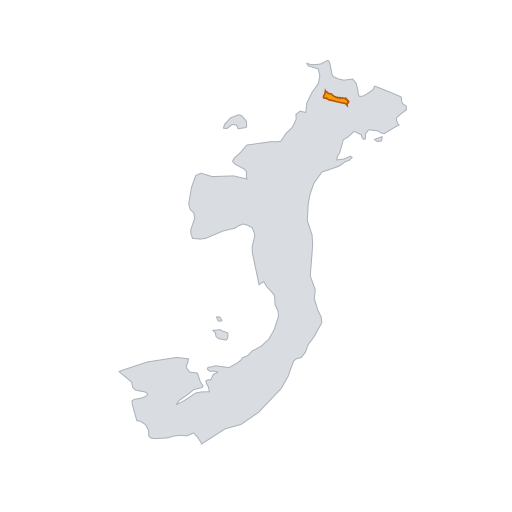 Boquerón, Chiriquí, Panama shown in context, rotated 112°
{"feature_id": "35544464B36404447942008", "entity_name": "Boquerón", "entity_type": "district", "adm_level": 2, "iso_a3": "PAN", "parent_name": "Panama", "parent_adm1": "Chiriquí", "projection": "albers", "projection_center": [-82.58, 8.629], "detail": "fine", "context": "in_parent", "style": "filled", "palette": "amber", "viewbox_px": 512, "rotation_deg": 112, "n_neighbors": 0, "source": "geoboundaries", "source_scale": "gbopen_adm2", "svg_char_len": 5652}
<svg xmlns="http://www.w3.org/2000/svg" viewBox="0 0 512 512"><g transform="rotate(112 256 256)"><path d="M450.8,236.1L449.5,237.1L445.6,242.8L443.5,247.7L448.7,252.7L450.3,258.2L453.3,264.1L457.8,269.9L463.0,280.9L464.2,285.3L462.8,288.2L458.1,290.1L453.7,295.3L452.5,301.6L453.4,304.7L440.2,315.0L436.7,316.7L434.4,315.1L431.5,310.1L428.0,306.1L426.2,304.7L425.1,304.6L424.1,305.6L423.6,307.8L425.5,317.3L424.1,321.1L419.5,324.1L414.5,339.6L412.4,337.6L395.0,317.1L379.8,291.6L376.6,280.0L380.5,279.3L384.2,279.5L386.2,277.7L388.5,274.3L386.5,266.5L393.6,260.4L396.3,256.4L398.3,256.8L403.1,263.6L410.0,267.4L418.5,273.0L423.8,274.3L417.1,268.4L405.6,260.6L402.4,255.5L399.3,248.3L394.8,251.5L392.8,254.2L390.5,255.7L388.5,253.9L388.1,251.6L381.4,251.2L379.7,249.1L377.9,248.0L378.7,252.4L380.1,255.2L379.4,258.5L377.2,258.8L375.3,255.4L372.9,252.3L369.6,239.2L361.9,233.1L358.4,231.1L355.5,230.4L351.2,226.2L345.6,224.0L337.9,217.6L328.5,213.0L317.1,211.5L303.2,212.6L298.6,215.2L295.4,218.5L294.0,220.1L285.8,223.9L282.7,229.4L280.8,234.0L276.8,239.2L281.5,242.4L254.8,260.3L249.5,262.9L237.5,264.8L234.7,266.7L231.1,270.2L230.6,275.5L231.2,280.1L234.7,283.6L237.8,285.7L245.4,296.2L258.7,309.5L261.3,314.3L263.4,321.5L259.4,324.9L256.3,326.3L243.7,327.0L239.3,329.9L237.6,334.3L232.9,337.9L216.6,341.5L203.8,342.0L199.8,337.9L198.8,326.4L190.1,306.7L188.0,293.1L185.9,294.8L181.3,296.4L179.8,299.8L178.7,309.8L177.0,313.2L173.5,312.9L166.2,309.3L156.6,306.1L144.3,284.8L142.9,280.8L140.5,276.1L131.1,274.1L123.0,270.5L114.2,270.0L109.7,272.0L105.1,269.4L104.3,263.6L95.1,266.2L83.2,265.3L72.6,262.8L65.3,264.2L59.3,268.3L60.1,278.9L58.3,281.0L58.0,276.6L55.9,271.7L53.4,267.5L48.1,263.2L47.8,261.7L49.9,259.5L59.6,253.3L60.8,250.8L61.0,245.4L60.0,240.2L55.7,232.7L58.2,228.0L63.2,224.2L68.3,221.3L69.2,220.0L68.2,217.4L65.2,214.6L58.2,209.9L54.0,209.6L53.9,196.0L54.1,181.5L55.2,180.1L57.7,179.2L59.8,177.1L60.9,172.8L64.0,171.3L69.5,174.6L75.1,177.5L77.5,176.5L79.2,175.1L80.5,173.7L80.9,172.4L85.4,176.2L94.6,183.0L95.1,186.4L94.3,189.6L96.8,198.9L101.6,200.2L106.4,198.4L107.6,200.1L106.7,201.8L104.2,203.7L103.6,211.7L111.5,215.4L115.5,218.6L128.6,217.1L133.4,217.9L136.7,217.0L133.0,210.6L128.1,205.9L128.5,203.8L132.2,205.3L135.1,208.5L141.5,212.5L153.4,226.3L167.0,229.6L177.8,229.1L187.8,227.2L203.8,221.8L215.3,212.0L224.5,207.6L254.3,198.2L264.9,188.5L269.3,187.2L273.6,186.0L282.9,178.6L287.9,172.9L293.2,170.0L309.0,171.9L319.3,174.5L326.3,174.1L333.2,176.0L336.2,180.1L339.3,181.8L356.0,181.2L369.7,183.1L399.8,195.0L417.9,206.9L427.6,219.7L450.8,236.1ZM149.6,334.1L145.7,334.5L137.6,331.4L131.8,325.4L131.3,323.5L131.4,321.5L134.6,315.4L138.9,313.3L140.6,313.3L144.7,320.3L141.9,323.1L143.0,327.4L148.8,330.7L149.6,334.1ZM342.4,265.0L341.1,268.1L337.6,261.3L338.2,259.5L337.9,253.4L341.0,251.8L343.4,251.6L345.3,252.4L346.6,259.7L345.6,262.9L342.4,265.0ZM104.4,186.5L103.6,189.8L98.1,183.8L101.3,182.8L102.5,182.9L104.4,186.5ZM330.5,266.6L327.3,269.8L326.1,266.8L328.3,263.6L329.1,263.6L330.5,266.6Z" fill="#d9dde1" stroke="#a8b0b8" stroke-width="1"/><path d="M82.9,253.2L84.0,252.6L84.0,252.4L83.8,252.4L83.8,252.2L83.7,252.0L83.8,251.8L83.9,251.7L83.9,251.4L84.0,251.3L83.9,250.9L83.8,250.7L83.7,250.5L83.6,250.4L83.5,250.2L83.4,250.0L83.2,250.0L83.2,249.9L83.3,249.8L83.4,249.7L83.2,249.5L83.1,249.4L83.3,249.1L83.6,249.1L83.6,248.8L83.7,248.7L83.6,248.4L83.6,248.2L83.7,247.9L83.7,247.7L83.7,247.4L83.8,247.2L83.7,247.2L83.7,246.9L83.7,246.7L83.7,246.4L83.8,246.4L83.7,246.2L83.7,245.9L83.7,245.7L83.6,245.4L83.6,245.2L83.5,244.9L83.6,244.7L83.4,244.6L83.5,244.5L83.5,244.4L83.4,244.4L83.3,244.2L83.3,243.9L83.4,243.6L83.3,243.4L83.3,243.2L83.2,243.2L83.1,242.9L83.1,242.7L83.0,242.4L82.9,242.2L83.0,242.0L83.0,241.9L82.9,241.8L82.9,241.7L82.9,241.4L82.9,241.2L83.0,241.1L82.9,241.0L82.9,240.9L82.8,240.7L82.8,240.4L82.9,240.2L81.9,234.0L81.2,230.5L81.4,229.8L82.4,227.7L80.6,228.6L80.4,228.6L80.2,228.6L79.9,228.6L79.7,228.6L79.4,228.5L79.4,228.4L79.5,228.3L79.5,228.2L79.4,228.0L79.3,227.8L79.3,227.7L79.2,227.7L78.9,227.7L78.8,227.8L78.7,227.8L78.4,227.8L78.1,228.0L77.9,228.1L77.7,228.2L77.7,228.3L77.5,228.5L77.7,228.8L77.7,229.0L77.6,229.4L77.5,229.5L77.4,229.6L77.5,229.6L77.4,229.7L77.4,229.8L77.4,230.0L77.1,230.2L77.1,230.3L76.9,230.4L76.8,230.5L76.7,230.7L76.7,230.9L76.7,231.0L76.8,231.2L76.7,231.3L76.8,231.3L76.9,231.5L76.8,231.8L76.8,232.0L76.7,232.1L76.8,232.1L76.8,232.3L76.8,232.5L76.7,232.6L76.7,232.8L76.7,233.0L76.7,233.3L76.7,233.5L76.8,233.8L76.8,234.0L76.9,234.3L76.9,234.5L77.0,234.5L77.1,234.8L77.1,235.0L77.2,235.3L77.3,235.4L77.3,235.5L77.4,235.8L77.4,236.0L77.5,236.2L77.5,236.3L77.6,236.5L77.8,236.6L77.9,236.8L77.8,237.0L77.7,237.1L77.8,237.2L77.8,237.3L77.9,237.6L77.9,237.8L78.0,237.8L77.9,237.9L77.9,238.0L77.9,238.3L78.0,238.4L78.1,238.5L78.2,238.8L78.3,238.9L78.3,239.0L78.4,239.3L78.5,239.5L78.4,239.7L78.4,239.8L78.5,239.8L78.4,239.9L78.5,240.0L78.6,240.3L78.7,240.6L78.8,240.6L78.8,240.8L78.8,241.0L78.9,241.3L78.8,241.5L78.7,241.7L78.6,241.8L78.7,242.0L78.8,242.2L78.7,242.4L78.7,242.5L78.6,243.0L78.6,243.3L78.6,243.5L78.5,243.8L78.6,244.0L78.4,244.3L78.3,244.6L78.3,244.8L78.2,244.9L78.2,245.0L78.1,245.3L78.1,245.5L77.9,245.8L77.7,246.1L77.6,246.3L77.5,246.5L77.5,246.8L77.5,247.1L77.6,247.3L77.6,247.6L77.8,247.8L77.9,248.0L78.0,248.3L78.0,248.5L78.1,248.9L78.1,249.1L77.8,249.3L77.8,249.5L77.9,249.8L77.9,250.3L77.9,250.5L77.9,250.8L77.8,251.0L77.8,251.3L77.7,251.4L77.7,251.5L77.4,251.7L77.5,251.8L77.5,252.1L77.4,252.4L77.4,252.5L77.2,252.6L77.2,252.8L77.1,253.0L77.1,253.3L77.0,253.5L76.9,253.6L79.4,253.0L82.9,253.2Z" fill="#f59e0b" stroke="#b45309" stroke-width="1.5"/></g></svg>